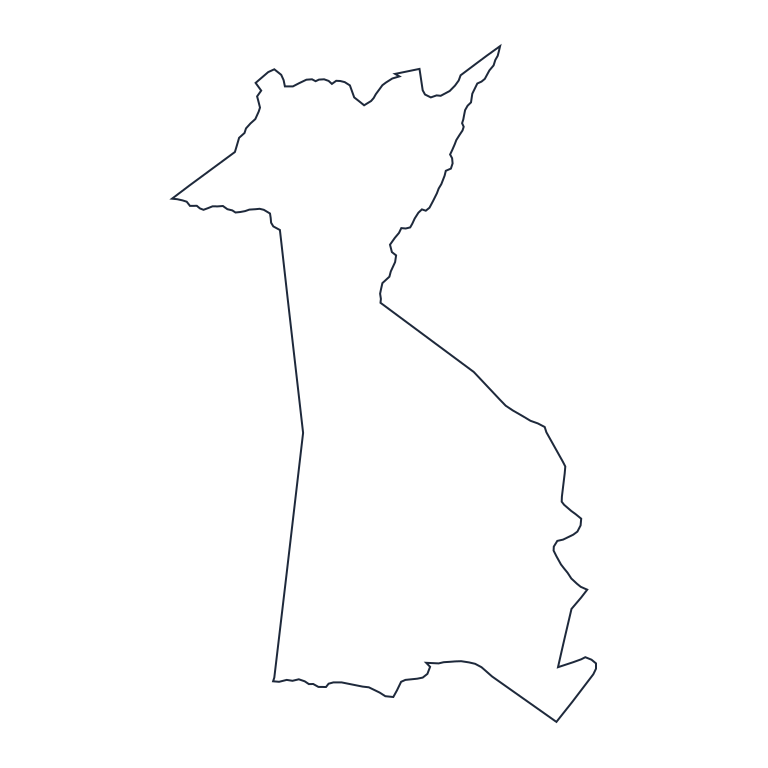 Pedra, Pernambuco, Brazil
{"feature_id": "56859067B75166120123114", "entity_name": "Pedra", "entity_type": "district", "adm_level": 2, "iso_a3": "BRA", "parent_name": "Brazil", "parent_adm1": "Pernambuco", "projection": "mercator", "projection_center": [-36.895, -8.673], "detail": "fine", "context": "isolated", "style": "outline", "palette": "slate", "viewbox_px": 768, "rotation_deg": 0, "n_neighbors": 0, "source": "geoboundaries", "source_scale": "gbopen_adm2", "svg_char_len": 2822}
<svg xmlns="http://www.w3.org/2000/svg" viewBox="0 0 768 768"><path d="M430.1,666.8L426.2,662.8L438.6,663.4L443.7,662.2L450.1,661.8L455.2,661.4L461.2,661.2L469.0,662.4L475.1,663.8L481.5,667.2L492.1,676.5L499.9,682.0L556.4,721.9L572.2,702.0L593.3,674.3L596.0,668.7L596.0,663.4L591.5,659.7L585.3,657.2L581.2,659.3L573.2,662.2L558.0,667.2L562.2,648.7L564.9,637.0L571.5,608.9L581.1,597.6L587.2,589.7L580.7,586.8L576.9,583.7L571.3,578.5L567.6,572.8L564.1,568.5L561.0,564.5L556.5,556.4L553.6,550.6L553.8,546.6L557.3,540.9L563.1,539.6L573.2,534.7L577.4,531.6L580.6,525.4L581.2,518.7L575.7,514.2L571.3,511.0L564.1,504.8L561.7,501.7L561.9,496.6L564.7,473.4L565.3,466.5L562.9,461.8L546.4,432.3L544.7,427.0L537.8,423.4L530.5,420.8L524.0,416.9L512.9,410.5L505.7,405.7L499.7,399.5L473.8,372.0L434.7,343.0L380.5,302.8L380.9,298.9L380.1,293.7L381.0,289.3L382.4,283.1L389.4,276.7L390.8,271.4L395.1,262.1L396.1,255.4L391.9,252.1L390.0,244.7L394.8,237.9L399.0,232.9L401.3,228.1L405.7,228.5L410.2,227.4L412.3,223.7L414.7,218.5L418.4,212.7L421.9,209.4L425.8,210.7L429.5,207.7L433.0,201.1L436.9,193.3L438.7,188.5L441.3,184.2L442.9,180.1L444.6,175.7L445.8,170.8L450.9,168.6L452.6,163.4L452.1,158.2L450.1,154.5L452.2,150.1L454.8,144.1L456.3,140.1L459.3,135.3L462.5,130.5L463.7,126.8L462.1,123.2L463.3,119.4L464.1,115.1L465.1,110.1L467.6,105.7L471.0,102.4L472.3,93.7L477.3,83.5L481.5,81.6L484.8,78.9L489.4,70.4L493.6,65.4L495.3,60.0L497.7,55.8L499.0,50.8L500.1,46.1L486.9,55.6L476.3,63.5L460.6,75.3L458.7,80.5L455.0,85.6L449.7,91.0L440.7,95.8L436.6,95.4L430.8,97.4L425.0,94.5L422.7,90.3L419.5,68.9L395.1,73.9L399.4,76.4L392.3,78.5L386.0,82.5L382.4,85.2L380.0,88.5L375.8,94.2L373.7,98.0L371.1,101.0L364.1,105.3L359.3,101.4L354.2,97.4L349.9,85.4L344.7,82.1L340.2,81.0L336.2,80.8L331.9,83.9L328.6,80.9L324.1,79.3L319.0,79.6L315.6,81.2L312.0,79.3L306.4,79.7L299.3,83.1L292.9,86.4L284.9,86.4L283.6,80.1L281.2,74.8L274.3,69.3L268.2,72.1L255.6,82.9L258.3,86.6L261.2,90.6L257.1,96.4L258.1,100.1L260.0,107.6L258.7,111.6L255.3,119.1L250.5,123.4L246.0,128.4L244.5,133.0L239.1,137.8L236.3,147.4L234.9,152.0L189.6,185.4L172.0,198.7L177.2,199.2L182.6,200.4L186.7,201.7L190.0,205.9L196.8,205.8L199.9,208.4L203.5,209.8L208.1,208.1L212.6,206.3L217.6,206.4L222.9,206.0L227.4,209.2L232.3,210.4L235.5,212.5L240.3,212.0L245.1,211.1L249.4,209.6L255.6,209.2L259.6,208.8L263.8,209.8L270.0,213.5L270.7,218.0L271.1,222.7L273.3,226.4L279.9,230.0L281.4,243.1L287.6,298.0L303.1,432.9L286.7,573.0L274.3,677.6L273.1,681.3L279.1,681.8L286.7,679.9L292.5,680.8L298.8,679.3L304.7,681.3L308.9,684.1L313.2,684.0L318.4,686.9L326.0,687.0L328.6,683.7L333.4,682.4L341.6,682.4L362.6,686.6L368.8,687.3L375.0,690.3L379.7,692.6L385.3,696.2L393.3,697.0L397.0,690.3L401.1,681.8L405.4,679.9L417.2,678.7L422.7,677.6L427.4,673.9L430.1,666.8Z" fill="none" stroke="#1e293b" stroke-width="2"/></svg>